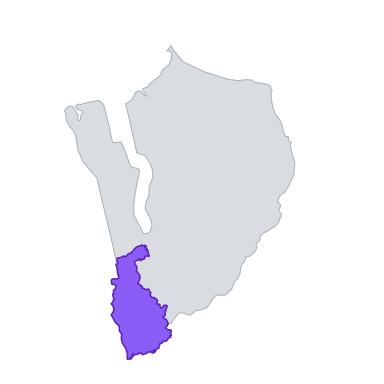 Senegal, with Kédougou highlighted, rotated 76°
{"feature_id": "SEN-5515", "entity_name": "Kédougou", "entity_type": "Region", "adm_level": 1, "iso_a3": "SEN", "parent_name": "Senegal", "parent_adm1": "", "projection": "albers", "projection_center": [-12.553, 12.877], "detail": "fine", "context": "in_parent", "style": "filled", "palette": "violet", "viewbox_px": 384, "rotation_deg": 76, "n_neighbors": 0, "source": "natural_earth", "source_scale": "10m", "svg_char_len": 8479}
<svg xmlns="http://www.w3.org/2000/svg" viewBox="0 0 384 384"><g transform="rotate(76 192 192)"><path d="M295.6,176.6L300.1,184.5L299.1,188.3L298.1,193.9L300.6,197.9L303.6,200.5L305.8,202.9L308.1,206.3L308.5,212.9L308.1,217.7L309.6,219.9L310.9,222.6L310.7,224.9L309.8,226.9L307.0,229.6L306.5,234.6L311.2,240.6L314.2,243.8L314.2,245.7L315.0,247.8L317.2,250.2L318.6,249.6L320.1,247.6L320.7,246.3L324.7,246.9L326.6,247.5L329.2,251.4L330.2,254.0L330.8,257.3L333.5,261.4L335.9,264.3L336.4,266.1L338.5,268.5L337.2,274.0L337.4,276.8L336.0,284.1L335.7,287.5L335.8,288.8L339.0,291.4L338.6,295.1L335.4,294.4L329.8,294.0L318.5,296.0L314.6,295.2L307.2,295.5L301.9,296.5L295.2,298.9L290.0,298.4L287.2,296.5L283.5,296.6L279.3,295.6L274.9,293.8L270.8,292.8L266.5,289.5L264.4,288.9L263.0,289.7L261.8,290.9L260.5,291.6L258.1,290.9L257.2,288.7L258.0,286.4L258.2,284.8L257.1,283.9L254.4,283.5L250.1,283.5L243.1,282.8L241.6,282.4L226.0,281.8L209.8,281.6L196.2,281.5L178.9,281.3L166.7,281.1L155.4,280.9L146.6,285.3L137.1,290.1L124.3,292.5L109.6,291.4L104.9,292.0L100.0,294.1L96.5,295.6L91.4,296.5L84.9,295.6L82.2,296.0L80.6,293.8L78.8,290.2L80.0,287.5L84.0,285.9L90.0,283.8L93.2,285.0L95.0,285.1L95.4,283.7L94.8,282.9L90.3,280.9L88.0,278.3L86.0,279.8L84.3,282.9L82.9,283.8L80.8,284.6L79.7,282.5L79.3,280.4L80.2,278.8L79.9,269.9L80.5,265.2L80.3,261.0L83.2,258.3L85.9,256.6L96.3,256.6L106.1,256.6L115.4,256.9L125.0,257.1L126.1,248.8L129.1,248.2L133.6,247.4L142.0,246.4L151.4,245.6L153.5,244.0L155.0,241.2L156.0,238.8L158.0,237.7L160.6,238.6L164.0,239.9L167.6,242.0L171.7,243.9L174.4,245.1L180.9,248.0L192.1,252.2L201.3,253.9L212.4,251.0L220.5,249.1L221.5,245.5L220.2,242.0L214.3,238.8L206.1,239.1L203.6,240.0L199.8,241.0L197.6,241.4L193.7,240.6L188.9,237.8L185.8,235.0L181.6,233.7L176.5,232.3L168.4,226.5L164.2,225.5L160.2,225.1L152.4,226.2L144.9,229.2L140.8,236.1L133.3,235.9L117.2,235.5L102.5,235.1L90.4,235.3L89.2,230.3L86.4,226.2L81.8,222.7L80.8,219.5L82.4,216.8L87.0,214.6L88.0,212.9L85.7,213.2L82.1,214.6L79.7,214.6L79.5,210.2L75.6,204.5L71.3,194.8L66.3,190.8L62.2,182.9L57.9,179.9L53.8,178.4L50.4,178.6L49.0,182.1L44.8,176.9L50.8,175.2L63.5,169.1L78.3,151.0L91.6,129.5L93.4,124.4L95.0,120.5L96.2,111.7L98.1,106.4L99.9,105.5L102.1,101.4L104.9,94.4L107.9,90.5L111.3,89.8L113.9,90.1L115.7,91.6L121.2,92.6L130.2,93.1L137.2,92.1L142.2,89.7L148.7,88.5L156.7,88.6L160.9,87.6L161.4,85.5L162.4,84.9L164.1,85.8L165.7,85.5L167.2,84.0L168.6,83.9L170.1,85.2L176.8,85.6L188.8,85.2L199.8,89.0L209.9,97.1L215.1,102.4L215.5,105.0L217.1,107.7L220.2,110.4L222.9,111.0L225.5,109.3L227.5,109.5L228.9,111.5L231.8,112.0L235.0,110.7L237.3,111.2L237.7,112.4L238.3,113.0L239.8,113.3L241.9,114.9L244.9,119.1L247.2,125.0L249.1,132.6L251.5,136.7L254.6,137.4L256.3,139.0L256.7,140.8L257.5,142.0L259.0,142.7L261.6,142.3L264.6,144.8L267.8,150.4L268.4,152.9L267.8,154.2L268.0,155.2L270.2,156.2L272.2,158.0L273.9,160.7L277.5,163.1L283.0,165.3L287.0,168.4L289.5,172.6L294.5,176.2L295.6,176.6Z" fill="#d9dde1" stroke="#a8b0b8" stroke-width="1"/><path d="M313.9,246.9L314.0,247.5L314.5,247.6L315.7,248.2L316.1,248.5L316.3,248.8L316.6,249.8L316.8,250.1L317.4,250.6L317.7,250.6L317.9,250.4L319.9,248.8L320.0,247.9L320.3,246.9L320.8,246.0L321.5,245.6L322.2,245.7L322.6,246.1L322.9,246.6L323.3,247.0L323.8,247.0L324.7,246.8L325.9,246.8L326.2,247.0L326.1,247.7L326.2,248.2L326.7,248.2L327.4,248.1L327.7,247.9L327.7,249.0L328.1,250.0L329.2,251.6L330.3,252.6L330.5,253.0L330.5,253.6L329.9,254.5L329.7,255.0L329.8,255.9L330.3,256.5L330.9,257.0L331.3,257.7L331.3,259.4L331.6,260.2L332.4,260.4L333.1,260.8L333.7,261.2L334.3,261.6L335.1,261.8L335.6,262.0L335.5,262.3L335.3,262.7L335.2,263.0L335.8,264.0L336.1,264.6L336.3,264.9L336.5,265.0L336.9,265.2L336.8,265.4L336.6,265.6L336.4,265.8L336.4,266.3L336.3,267.2L336.2,267.7L336.9,267.9L337.5,267.6L337.8,267.1L337.9,266.2L338.3,266.6L338.5,267.1L338.7,267.7L338.8,269.0L338.6,269.3L338.3,269.5L337.9,269.8L337.7,269.8L337.4,269.6L337.0,269.5L336.7,269.7L336.7,270.0L336.9,270.3L337.2,270.5L337.3,270.8L337.1,271.3L336.8,271.8L336.7,272.3L336.8,273.1L336.7,273.3L336.6,273.5L336.5,273.8L336.5,274.1L336.9,274.3L337.0,274.3L337.3,274.6L337.5,274.9L337.6,275.3L337.7,275.8L337.8,276.4L337.7,277.0L337.4,277.3L337.4,277.5L337.9,278.5L338.0,278.9L337.6,279.6L336.9,279.7L336.3,279.9L335.8,281.2L335.4,281.5L335.1,281.8L335.1,282.5L335.3,282.7L335.7,282.8L336.1,283.1L336.3,283.6L336.3,284.1L336.1,285.6L336.1,286.2L336.2,286.5L336.3,286.9L336.2,287.4L335.2,287.9L334.8,288.2L335.4,288.4L335.7,288.6L336.3,289.6L336.7,289.9L336.6,289.6L336.9,289.1L337.3,288.9L337.6,289.7L337.7,290.1L338.0,290.9L338.1,291.4L338.5,290.7L339.2,291.3L339.1,292.5L338.8,293.8L338.7,295.1L337.4,295.0L334.2,293.9L332.6,293.7L328.4,294.1L326.4,294.5L322.7,295.9L320.9,296.2L317.0,296.0L316.0,295.8L313.1,294.6L312.9,294.4L312.6,294.4L312.4,294.5L311.8,294.9L310.0,295.9L309.4,296.0L308.3,295.9L305.4,295.0L304.2,295.0L303.4,295.5L301.8,296.9L300.0,297.9L291.8,300.1L291.1,299.7L289.7,297.6L288.8,296.9L286.7,296.2L285.7,295.9L284.9,295.9L284.1,296.1L283.1,296.4L281.7,297.2L281.4,297.3L280.6,297.3L280.5,297.1L280.4,296.8L280.2,296.3L278.8,294.8L278.0,294.1L277.1,293.7L276.1,293.6L273.0,293.8L272.0,293.7L271.7,293.3L271.5,292.8L270.7,292.4L269.3,292.3L268.8,292.1L268.3,291.7L268.2,291.2L268.3,290.9L268.3,290.7L267.1,289.7L265.2,288.7L263.5,288.7L262.7,290.6L262.5,291.6L262.0,292.1L261.2,292.1L260.3,291.8L259.4,291.9L258.6,291.8L257.8,291.4L257.3,290.6L257.1,289.7L257.3,288.9L258.0,287.2L258.2,286.3L258.2,285.3L258.0,284.4L257.4,283.7L256.7,283.6L255.8,283.8L254.9,283.8L254.1,283.3L253.6,283.9L253.2,283.6L252.9,283.6L252.6,283.6L252.2,283.6L251.6,283.8L251.4,283.9L251.1,283.7L250.7,283.2L250.4,283.1L250.1,283.1L249.2,283.4L248.8,283.4L248.4,283.4L247.8,283.0L247.4,282.9L247.0,282.9L245.5,283.2L245.3,283.3L245.2,283.4L245.1,283.5L244.8,283.5L244.5,283.5L244.1,283.2L243.9,283.1L243.9,282.3L243.5,281.3L242.9,281.0L242.6,281.1L242.4,281.2L242.0,281.3L241.5,281.4L240.4,281.4L239.8,281.3L239.3,281.1L238.6,280.8L238.3,280.5L237.9,280.1L237.9,279.8L237.9,279.5L238.1,279.1L238.2,278.9L238.3,277.0L238.3,276.7L238.2,276.4L238.0,276.0L237.7,275.6L237.6,275.3L237.6,275.0L237.6,274.7L238.0,274.1L238.1,273.9L238.2,273.6L238.0,273.4L237.8,273.2L238.2,273.0L238.5,273.0L238.7,272.9L238.7,272.6L238.5,272.2L238.4,271.1L238.1,270.9L237.5,270.4L237.0,269.9L236.9,269.5L236.7,268.7L236.5,268.4L236.4,268.1L236.5,267.9L236.6,267.7L236.7,267.4L236.5,265.9L236.4,265.7L236.2,265.6L235.9,265.5L235.6,265.4L235.5,265.2L235.7,264.8L235.8,264.5L235.7,264.3L235.3,263.9L235.0,263.5L234.5,262.9L233.7,262.4L233.6,262.2L233.6,261.9L233.6,261.6L233.6,261.3L233.5,261.1L233.2,261.0L232.9,260.7L232.3,260.0L232.0,259.3L231.9,258.8L231.8,258.0L231.6,257.6L231.6,257.3L231.6,257.0L231.7,256.7L231.7,256.0L231.8,255.6L231.7,254.6L231.6,254.2L231.4,254.0L231.2,253.9L231.2,253.4L232.3,252.9L232.4,250.3L233.2,249.7L233.0,250.5L233.3,250.9L233.9,251.0L234.3,250.9L234.6,250.4L234.9,250.1L235.6,249.7L236.5,249.4L237.1,249.7L236.8,250.7L237.4,250.5L237.8,249.3L238.3,249.0L240.2,249.0L242.1,249.4L242.7,249.1L243.2,248.9L243.6,248.9L244.1,249.7L243.6,250.5L243.2,250.9L243.0,251.4L243.0,252.1L243.2,252.5L243.3,252.9L243.4,253.3L243.5,253.5L243.9,253.5L244.2,253.4L244.3,253.6L244.5,253.9L244.8,254.1L245.1,254.3L245.4,254.5L245.2,255.2L245.5,255.7L245.7,256.3L245.5,257.0L245.4,257.6L246.0,258.2L244.0,258.9L244.0,259.2L245.0,259.6L245.2,260.8L245.1,262.3L245.3,263.6L246.3,264.7L247.2,264.9L249.3,264.3L250.7,263.8L251.4,263.8L252.8,263.9L254.1,264.4L254.9,265.1L255.7,265.1L256.2,264.4L256.6,264.0L257.6,264.0L258.7,263.4L259.6,262.9L262.2,263.0L263.2,263.4L264.1,264.3L264.8,264.3L265.9,265.4L267.2,266.3L268.2,266.6L268.6,265.9L268.6,265.3L269.0,264.8L269.8,264.8L270.6,264.6L270.7,263.7L271.1,263.3L272.1,263.4L272.8,263.7L273.5,263.5L273.5,262.7L273.9,261.8L275.1,261.1L275.8,260.2L275.5,259.1L275.5,257.9L276.2,257.3L277.2,257.2L278.2,257.2L279.0,256.7L279.6,256.3L280.3,256.7L281.0,257.2L282.1,257.3L283.7,256.9L284.5,256.3L285.1,255.3L285.2,254.3L285.8,253.6L286.8,253.4L287.1,252.7L287.8,252.1L289.0,251.8L290.2,252.1L290.9,253.0L291.4,253.4L292.0,253.3L292.3,252.4L292.7,251.8L293.0,250.7L293.5,250.4L295.1,250.7L296.3,250.7L297.1,249.8L296.8,248.6L295.4,246.9L295.1,246.0L295.8,245.3L295.8,244.1L296.9,243.7L298.3,244.6L299.6,245.6L301.0,246.3L302.4,247.2L304.1,247.6L305.4,248.0L305.6,249.0L305.9,250.2L306.9,250.2L308.2,249.3L309.4,247.9L311.1,247.4L313.9,246.9Z" fill="#8b5cf6" stroke="#5b21b6" stroke-width="1.5"/></g></svg>